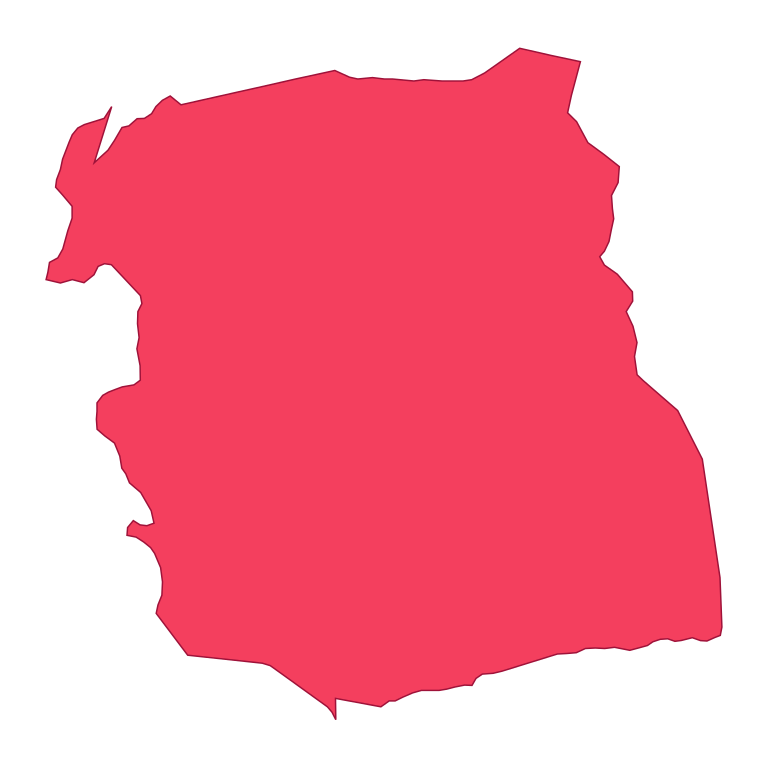 São José de Espinharas, Paraíba, Brazil (Equal Earth projection)
{"feature_id": "56859067B13371675739856", "entity_name": "São José de Espinharas", "entity_type": "district", "adm_level": 2, "iso_a3": "BRA", "parent_name": "Brazil", "parent_adm1": "Paraíba", "projection": "equal_earth", "projection_center": [-37.406, -6.814], "detail": "fine", "context": "isolated", "style": "filled", "palette": "rose", "viewbox_px": 768, "rotation_deg": 0, "n_neighbors": 0, "source": "geoboundaries", "source_scale": "gbopen_adm2", "svg_char_len": 2160}
<svg xmlns="http://www.w3.org/2000/svg" viewBox="0 0 768 768"><path d="M619.3,166.6L604.0,154.5L587.9,142.7L576.6,121.7L567.6,112.8L571.4,95.4L580.4,61.7L550.9,55.4L519.7,48.3L484.6,73.0L471.7,79.7L463.1,81.0L452.4,81.0L441.9,81.0L423.8,79.7L413.9,81.0L392.4,79.0L384.3,79.0L372.5,77.6L357.8,79.0L349.5,77.2L334.8,70.5L295.6,79.0L257.3,87.7L238.4,91.9L181.0,104.8L170.2,96.0L162.4,100.3L155.9,106.6L151.6,113.7L144.4,118.4L137.1,118.7L128.9,125.9L122.0,127.5L114.5,140.4L108.0,150.2L101.1,156.5L94.2,162.8L111.7,106.6L104.1,118.4L84.3,124.6L77.8,128.0L72.3,134.7L69.1,142.2L62.6,159.1L60.4,169.5L56.6,179.6L55.6,187.2L62.6,195.0L72.1,206.3L72.1,218.2L67.8,230.8L62.8,249.0L57.8,257.9L49.5,262.4L47.9,272.2L46.1,279.6L60.4,283.0L72.3,279.6L84.0,282.7L94.0,274.7L98.1,266.4L104.5,263.7L111.4,264.7L140.4,295.6L141.9,303.6L137.9,311.6L137.5,323.7L139.1,337.6L136.9,348.8L140.1,365.7L140.3,380.2L133.9,384.9L122.2,386.9L115.2,389.5L108.5,392.1L102.7,395.4L97.0,402.9L97.0,411.4L96.4,419.2L97.1,429.3L104.9,436.0L114.5,443.1L119.8,456.1L121.8,468.2L125.8,473.8L129.5,482.9L140.7,492.5L151.2,510.7L154.0,523.2L146.9,525.7L140.1,524.9L133.3,520.6L127.6,527.5L127.0,535.3L136.1,537.1L143.7,542.0L150.6,547.6L154.6,553.4L160.6,567.6L162.5,581.9L161.9,595.2L158.0,604.9L156.2,613.4L187.7,655.2L262.3,663.2L270.2,665.6L280.7,673.1L327.4,706.8L332.0,712.2L335.8,719.7L335.5,698.4L380.9,706.8L389.2,700.9L395.2,700.9L402.9,697.1L412.6,692.9L421.4,690.4L428.5,690.4L439.1,690.4L446.8,689.1L454.9,687.0L464.6,685.1L472.0,685.4L476.0,678.4L482.3,674.1L493.1,673.3L501.9,671.2L547.7,657.0L557.4,654.0L566.7,653.5L576.3,652.7L585.4,648.5L595.2,648.0L604.7,648.5L614.5,647.3L623.2,649.0L629.8,650.3L639.5,647.7L647.5,645.5L652.8,641.8L660.3,639.3L667.8,638.8L674.9,641.3L681.2,640.5L692.3,637.7L700.5,640.6L707.0,641.0L714.8,637.5L720.3,635.4L721.9,627.1L720.0,577.6L702.3,459.1L677.7,410.6L643.3,380.7L637.1,374.8L634.5,356.5L637.0,342.6L633.0,326.3L626.2,311.6L632.7,301.1L632.4,291.8L617.3,274.2L604.4,265.1L599.7,256.7L604.4,251.2L609.0,241.5L611.3,229.8L613.7,218.8L612.4,208.5L611.5,195.5L618.1,182.6L619.3,166.6Z" fill="#f43f5e" stroke="#9f1239" stroke-width="1.5"/></svg>